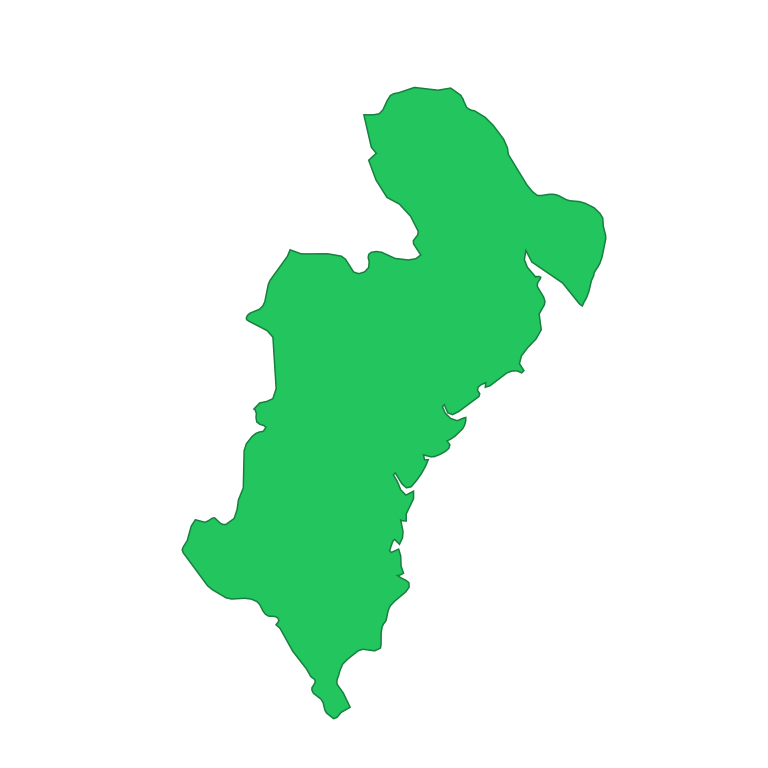 SVG path tracing the border of Manche, rotated 225°
{"feature_id": "FRA-5322", "entity_name": "Manche", "entity_type": "Metropolitan department", "adm_level": 1, "iso_a3": "FRA", "parent_name": "France", "parent_adm1": "", "projection": "equal_earth", "projection_center": [-1.411, 49.095], "detail": "fine", "context": "isolated", "style": "filled", "palette": "green", "viewbox_px": 768, "rotation_deg": 225, "n_neighbors": 0, "source": "natural_earth", "source_scale": "10m", "svg_char_len": 3687}
<svg xmlns="http://www.w3.org/2000/svg" viewBox="0 0 768 768"><g transform="rotate(225 384 384)"><path d="M298.9,579.4L302.3,578.8L329.1,581.7L365.7,574.8L378.1,578.8L372.7,571.2L365.2,567.9L352.2,566.9L352.1,567.9L350.5,569.6L348.6,570.3L347.7,568.2L347.3,565.4L346.2,563.0L344.4,561.3L332.7,558.4L328.4,556.1L326.6,553.4L323.8,543.2L311.2,533.6L308.3,523.3L308.1,511.3L306.7,501.0L302.6,494.2L294.5,492.4L294.5,489.2L299.2,487.4L302.8,483.5L305.0,478.4L307.8,457.7L310.1,453.3L313.0,456.9L314.9,452.0L315.2,448.2L313.5,445.7L309.4,444.8L308.0,442.3L311.7,417.2L313.9,410.8L318.5,408.7L326.7,412.0L326.7,409.3L320.2,406.7L312.6,406.7L306.3,409.8L303.6,416.4L302.5,418.2L300.1,415.7L297.7,411.4L296.7,407.7L296.9,397.4L297.7,392.8L299.2,388.4L294.4,387.6L292.6,384.3L293.0,379.5L294.6,373.9L297.0,368.3L299.3,365.7L305.9,361.8L301.8,359.1L301.0,359.7L299.2,361.8L296.4,355.0L294.1,346.8L292.7,338.3L292.1,330.5L294.8,326.4L300.9,326.1L313.1,329.1L313.1,326.4L306.0,324.6L297.3,321.0L290.0,320.9L287.3,329.1L282.0,323.8L276.4,307.9L271.4,302.8L273.6,300.9L274.5,300.2L276.0,299.6L266.3,293.2L262.2,288.4L259.7,281.6L266.6,281.6L266.6,279.0L262.2,270.1L259.7,270.1L256.9,277.6L250.7,274.3L243.1,267.3L236.4,264.0L237.3,261.0L237.9,259.7L239.0,258.1L234.3,259.1L229.8,260.7L225.9,261.1L222.6,258.1L221.6,252.5L222.9,237.8L222.7,231.6L221.7,228.7L220.3,225.9L215.4,218.4L214.9,216.3L214.7,214.1L213.5,210.8L210.2,206.2L201.5,197.3L199.8,194.7L201.9,188.7L211.4,181.5L213.6,177.1L215.2,163.6L215.1,156.5L212.6,150.4L209.9,145.6L208.0,141.5L205.0,138.5L194.2,136.7L179.4,131.5L182.1,121.4L181.5,115.0L183.0,111.7L192.0,110.7L195.2,111.6L201.9,115.7L205.8,116.6L215.2,115.4L218.6,116.6L220.2,118.4L221.4,123.6L222.9,125.6L224.5,126.0L228.2,125.4L229.8,125.6L237.3,127.7L259.6,130.5L284.7,137.7L290.1,137.4L290.3,138.3L290.4,140.5L291.2,142.5L293.6,143.5L296.8,142.5L301.4,138.3L305.0,137.4L309.0,137.9L316.0,140.2L320.0,140.3L325.7,138.1L331.0,134.0L339.7,124.2L344.5,121.1L360.1,117.1L366.2,116.6L406.7,122.7L409.4,124.0L410.8,127.1L412.4,134.1L419.8,147.2L421.4,154.6L412.7,159.7L411.3,163.8L410.5,167.8L409.1,169.6L401.7,169.8L398.7,170.7L396.5,172.8L394.9,183.0L399.2,191.5L405.0,199.1L410.0,211.0L435.8,238.0L439.1,244.5L440.2,253.9L439.6,258.7L438.1,262.1L436.5,264.3L435.9,265.6L437.0,270.0L439.7,269.6L443.3,267.7L447.2,267.2L450.8,269.8L453.4,272.9L456.9,274.6L458.3,274.3L458.5,282.7L454.6,288.7L452.2,295.0L457.0,304.5L495.6,338.5L504.3,339.1L524.5,332.7L526.7,332.4L528.2,333.5L529.1,336.4L528.8,339.5L524.9,348.9L524.9,353.4L526.4,357.8L536.3,372.7L537.9,377.0L542.6,406.1L545.3,412.5L534.5,417.5L515.6,436.5L504.6,444.2L499.5,445.0L484.7,441.7L479.8,444.2L477.0,449.6L477.2,455.6L481.0,460.0L484.6,462.2L486.4,464.8L486.2,468.0L483.2,472.2L478.8,475.5L465.0,480.6L454.5,488.9L450.2,494.9L449.2,501.2L462.3,504.0L464.6,506.1L465.6,513.4L467.8,516.2L483.8,521.4L500.4,522.1L513.8,518.0L533.9,522.6L553.1,531.4L552.6,541.7L560.3,542.4L588.6,560.1L581.8,566.9L578.5,571.6L578.6,577.1L582.1,586.5L583.5,592.5L582.3,596.4L579.8,599.9L572.2,615.2L553.6,629.9L546.1,640.4L533.6,642.5L531.2,641.6L529.3,641.4L528.0,640.5L521.1,638.0L517.5,638.7L514.9,639.9L514.1,640.7L512.3,641.4L501.1,644.1L489.6,644.1L472.5,641.7L463.6,638.2L458.3,634.2L423.6,625.8L415.1,625.0L409.0,625.7L406.2,628.3L401.6,634.6L399.1,637.3L396.3,639.4L393.4,640.8L385.2,643.3L381.9,645.2L374.9,651.1L369.6,654.0L359.9,657.2L351.9,657.3L346.9,656.1L343.6,653.4L340.9,650.9L332.4,645.8L329.8,643.4L319.5,627.8L316.6,621.7L315.7,618.5L314.7,613.5L313.9,611.0L312.3,608.8L310.4,603.7L304.9,594.9L302.1,588.9L301.1,586.0L300.6,583.8L299.3,580.3L298.9,579.4Z" fill="#22c55e" stroke="#15803d" stroke-width="1.5"/></g></svg>